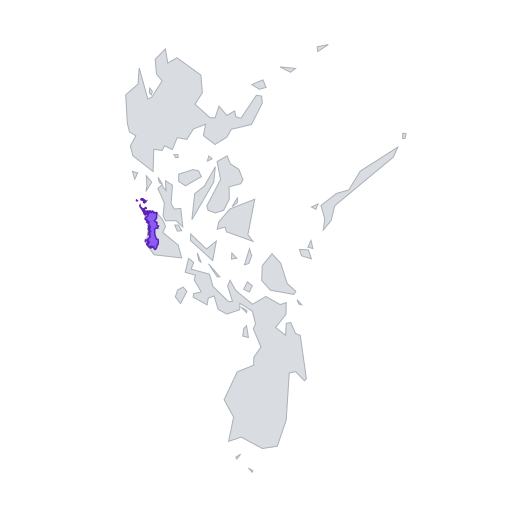 Eastern Samar, Eastern Samar, Philippines (highlighted), rotated 184°
{"feature_id": "2640588B94499067384006", "entity_name": "Eastern Samar", "entity_type": "district", "adm_level": 2, "iso_a3": "PHL", "parent_name": "Philippines", "parent_adm1": "Eastern Samar", "projection": "mercator", "projection_center": [125.55, 11.519], "detail": "fine", "context": "in_parent", "style": "filled", "palette": "violet", "viewbox_px": 512, "rotation_deg": 184, "n_neighbors": 0, "source": "geoboundaries", "source_scale": "gbopen_adm2", "svg_char_len": 9263}
<svg xmlns="http://www.w3.org/2000/svg" viewBox="0 0 512 512"><g transform="rotate(184 256 256)"><path d="M236.2,64.4L258.1,74.3L270.4,69.2L267.1,93.8L277.8,110.4L266.6,139.2L250.7,146.9L251.1,154.9L244.7,165.5L253.6,183.3L251.7,188.1L255.7,200.6L268.8,207.8L268.5,201.2L281.0,196.1L290.0,200.0L295.0,213.2L300.7,210.6L301.4,203.8L315.9,210.6L315.6,214.1L308.1,216.4L316.0,227.8L315.0,232.6L325.5,234.8L323.1,248.9L317.7,245.2L319.8,238.4L301.1,234.6L296.8,222.6L280.1,208.5L276.3,209.1L282.2,224.0L280.2,230.0L273.7,220.2L256.1,207.6L243.3,216.3L228.5,209.2L222.6,211.6L222.0,200.0L231.5,186.1L221.0,179.0L221.1,191.0L216.7,192.0L211.2,181.6L206.3,179.9L197.2,137.1L198.9,134.9L208.5,143.4L214.7,141.5L214.4,94.6L221.5,67.7L236.2,64.4ZM364.6,333.1L385.8,347.4L389.0,357.0L384.2,367.6L390.8,370.9L393.6,379.3L397.2,407.6L385.7,419.3L385.6,435.4L374.9,405.1L371.0,407.2L361.9,424.1L368.0,430.7L370.3,445.1L360.9,456.3L357.5,442.4L348.6,448.2L323.6,432.6L320.9,415.1L327.4,403.2L311.5,390.7L306.4,391.0L303.4,402.9L294.8,394.2L287.4,399.3L285.9,393.5L280.7,392.3L266.8,416.4L261.5,415.9L260.4,409.0L269.7,386.9L289.4,380.7L293.5,372.4L304.7,364.4L316.9,372.5L315.4,383.9L327.1,378.5L333.2,367.5L342.8,368.6L346.9,356.4L354.9,359.5L356.9,354.8L365.4,355.2L364.6,333.1ZM301.4,347.5L291.8,353.9L288.0,346.1L279.1,341.2L274.3,331.1L276.4,327.0L287.7,323.2L286.6,310.8L291.5,299.3L299.5,296.1L307.0,298.3L308.6,302.5L296.7,329.9L301.4,347.5ZM357.7,250.1L366.4,260.2L365.2,278.2L372.3,294.5L357.6,291.6L351.7,285.7L348.3,279.2L350.6,273.0L334.4,261.4L330.0,248.9L357.7,250.1ZM260.1,270.4L287.2,278.1L288.9,282.7L296.6,279.9L295.5,287.4L285.2,301.2L261.2,312.6L265.6,276.7L260.1,270.4ZM157.9,348.0L122.2,374.4L126.0,364.1L181.0,311.6L183.5,296.7L190.7,286.6L189.9,297.4L194.7,310.9L180.1,324.0L168.1,328.3L157.9,348.0ZM215.6,220.3L239.2,222.9L248.6,231.9L249.1,246.8L240.2,259.4L230.9,250.6L223.0,230.8L213.8,223.5L215.6,220.3ZM338.2,285.7L348.7,284.8L351.5,289.6L351.1,302.4L358.6,316.6L354.9,320.2L350.3,314.9L351.5,324.8L344.3,320.8L344.4,302.5L340.8,297.1L334.4,298.2L331.1,279.9L338.2,285.7ZM302.8,342.2L303.3,326.8L322.5,287.8L321.5,313.9L312.5,322.0L302.8,342.2ZM338.8,332.2L324.9,337.8L319.4,337.0L316.0,331.3L331.2,321.1L338.3,325.0L338.8,332.2ZM298.9,248.4L322.5,267.0L322.7,273.4L305.9,259.5L296.6,268.2L298.9,248.4ZM331.7,216.8L326.5,219.9L322.5,215.9L327.9,203.3L333.6,209.6L331.7,216.8ZM272.1,426.7L261.4,432.2L257.7,424.9L264.3,422.6L272.1,426.7ZM200.5,257.0L210.6,259.4L213.1,265.6L204.2,265.7L200.5,257.0ZM260.1,219.6L266.0,221.9L262.7,229.7L257.6,226.0L260.1,219.6ZM234.3,441.7L245.3,446.3L229.6,445.9L234.3,441.7ZM371.0,328.4L365.2,322.3L370.3,312.7L369.7,318.5L371.0,328.4ZM266.9,246.4L263.0,262.8L260.3,256.0L262.6,248.0L266.9,246.4ZM208.7,464.2L209.5,469.0L198.6,472.0L208.7,464.2ZM263.6,175.2L263.2,182.7L260.6,185.8L257.9,174.2L263.6,175.2ZM283.2,303.7L278.4,313.1L278.4,307.7L283.2,303.7ZM204.9,268.5L202.2,275.3L199.8,267.4L204.9,268.5ZM339.2,281.2L335.5,281.4L331.9,276.0L336.3,275.4L339.2,281.2ZM280.3,251.2L280.3,257.4L275.0,252.3L280.3,251.2ZM385.2,331.8L379.8,330.6L382.3,324.1L385.2,331.8ZM293.2,232.5L302.8,244.9L290.7,232.7L293.2,232.5ZM204.1,308.8L197.8,312.2L199.5,306.7L204.1,308.8ZM311.2,347.3L310.0,352.5L306.5,349.9L311.2,347.3ZM312.8,247.6L314.8,255.0L310.2,245.7L312.8,247.6ZM118.1,388.8L114.8,388.4L115.5,383.8L118.0,383.3L118.1,388.8ZM345.0,351.4L340.9,351.7L340.5,348.9L343.0,348.4L345.0,351.4ZM373.8,416.0L370.8,412.8L371.7,409.4L373.7,411.1L373.8,416.0ZM210.1,211.1L211.9,215.3L206.9,210.5L210.1,211.1ZM357.5,322.4L359.2,327.8L354.6,321.2L357.5,322.4ZM262.2,53.8L257.5,57.3L260.9,52.1L262.2,53.8ZM267.7,204.2L261.3,201.0L261.4,198.8L267.7,204.2ZM244.7,40.0L248.8,44.0L244.2,41.4L244.7,40.0Z" fill="#d9dde1" stroke="#a8b0b8" stroke-width="1"/><path d="M360.2,257.5L360.1,257.4L359.4,257.7L359.4,257.9L358.7,257.9L358.8,257.3L358.1,256.2L357.3,255.5L356.9,255.5L355.9,257.0L355.7,257.5L355.3,259.8L354.5,260.6L354.4,263.7L354.9,265.7L356.4,265.9L357.6,268.4L358.6,271.2L358.7,273.3L359.0,275.7L357.1,277.2L356.0,276.8L355.9,277.9L355.4,279.1L356.9,279.5L357.2,280.5L357.2,281.4L357.0,281.8L357.2,282.6L357.8,283.0L359.1,283.3L359.8,284.1L357.9,286.6L358.0,291.2L357.8,291.4L357.9,292.2L358.3,292.4L358.5,291.9L358.8,292.0L359.5,291.7L359.4,291.8L359.8,292.2L360.1,292.1L360.0,292.4L360.1,292.5L360.5,292.5L360.5,292.3L360.7,292.2L361.2,292.3L361.7,293.0L362.0,292.7L362.7,293.0L362.7,293.5L363.4,293.2L363.5,292.6L363.8,293.0L364.1,293.0L363.9,292.4L364.0,292.3L364.2,292.2L364.3,292.2L364.4,292.5L364.8,292.5L364.7,292.7L364.8,292.8L365.1,292.6L364.8,292.9L364.9,293.2L365.1,292.9L365.4,293.2L365.5,293.4L365.7,293.5L365.9,293.3L365.8,292.9L366.0,292.6L365.9,292.5L365.9,291.9L366.0,292.0L366.0,291.8L366.1,291.7L366.1,292.1L366.2,291.9L366.4,292.0L366.2,291.5L366.4,291.4L366.7,291.4L367.0,291.7L367.2,291.4L367.5,291.5L367.3,291.8L367.4,292.0L367.1,292.2L367.4,292.1L367.4,292.3L367.5,292.3L367.7,292.8L369.4,291.9L370.1,291.7L370.3,291.9L370.0,292.3L371.3,292.7L370.5,293.5L370.9,293.6L371.0,293.9L371.3,293.9L371.7,294.5L371.6,294.8L371.9,295.0L372.4,295.5L372.8,295.4L372.8,295.6L372.6,295.6L372.9,295.6L373.1,295.3L373.0,294.6L372.2,293.3L371.1,292.0L370.9,291.0L370.3,290.0L368.2,289.0L369.1,290.0L368.7,290.1L368.8,290.1L368.8,290.3L368.5,290.3L368.6,290.2L368.3,290.3L368.0,290.4L368.3,290.6L367.9,290.6L367.2,290.3L367.1,290.5L366.8,290.2L366.6,290.3L366.6,290.1L366.4,290.1L366.5,289.6L366.4,289.6L366.4,289.4L366.5,289.0L366.7,288.9L366.8,288.2L367.4,287.8L367.6,287.4L368.7,286.9L368.7,286.5L369.1,286.2L369.3,285.9L369.3,285.3L369.0,284.9L368.5,285.0L368.3,284.8L368.4,284.6L367.9,284.3L367.9,284.0L367.3,284.2L367.4,283.8L367.0,283.8L366.8,283.5L366.9,283.4L366.5,283.1L366.7,282.8L366.3,282.8L366.1,282.4L365.2,282.5L365.7,281.9L366.2,281.7L365.8,281.6L365.8,281.2L365.3,280.8L365.3,280.5L364.5,279.6L364.4,278.8L364.7,278.3L364.3,278.2L363.9,278.3L363.7,278.1L363.9,277.8L363.6,277.8L363.6,277.4L363.9,277.1L364.1,277.1L364.1,276.8L364.3,276.7L363.9,276.5L364.1,276.3L363.8,276.4L363.9,276.1L364.1,276.2L364.0,275.9L364.3,275.9L364.9,276.0L364.9,275.9L365.2,275.8L364.9,275.5L364.6,275.6L364.5,275.4L364.9,275.1L364.5,274.9L364.6,274.6L364.8,274.5L364.5,274.1L364.3,274.0L364.5,273.9L364.3,273.2L364.1,273.2L363.6,273.8L363.5,273.6L363.3,273.5L363.2,273.6L363.4,273.3L363.0,273.4L362.9,273.3L362.9,273.0L363.3,273.0L363.1,272.9L363.3,272.7L363.5,273.0L363.6,272.6L363.8,272.6L363.9,272.9L364.3,272.8L364.6,272.2L364.4,271.8L364.4,271.5L364.2,271.4L364.0,271.6L363.5,271.2L363.6,270.7L363.5,270.3L363.7,269.9L363.4,269.8L363.1,269.2L363.1,268.8L363.3,268.8L363.2,268.7L363.2,268.4L363.3,268.4L363.1,268.1L363.4,267.9L363.2,267.3L363.9,266.9L364.1,266.2L363.8,266.2L364.2,266.0L364.7,265.4L365.0,265.2L364.8,265.1L364.8,264.9L365.2,265.0L365.2,264.6L365.9,264.2L365.6,264.0L365.4,264.2L365.2,264.0L365.3,263.9L365.0,263.6L364.8,263.6L364.8,263.3L364.5,263.4L364.3,263.2L364.5,263.2L365.1,263.1L365.0,262.9L364.7,262.7L364.3,263.0L363.8,262.9L363.5,262.2L363.7,261.8L364.1,261.7L364.4,261.8L364.3,261.6L364.6,261.6L364.5,261.3L364.1,261.4L364.1,261.0L364.7,261.0L364.9,260.7L365.3,260.9L365.4,260.7L365.2,260.5L365.3,260.4L365.7,260.8L365.9,260.5L365.8,260.2L365.6,259.8L365.3,259.8L365.2,259.5L365.3,259.9L365.1,259.9L365.0,259.6L364.9,259.7L365.0,259.3L364.8,259.1L364.4,258.9L364.1,259.2L364.3,258.7L364.0,258.2L363.7,258.0L363.6,257.8L363.4,257.9L362.8,257.4L362.8,257.8L362.6,257.9L362.4,257.5L362.1,257.6L362.0,258.0L361.7,258.0L361.7,257.7L361.5,257.9L361.5,257.6L361.2,257.6L361.5,257.2L361.8,257.2L361.9,257.3L361.9,256.9L361.2,256.8L361.2,257.3L360.7,257.9L360.3,257.7L360.1,257.8L360.2,257.5ZM371.2,304.1L372.0,304.4L372.6,305.1L373.1,305.3L373.5,305.1L374.3,305.2L374.5,305.0L374.8,304.4L374.6,304.0L374.2,303.9L372.3,303.7L371.8,303.6L371.9,303.3L371.6,303.1L371.7,302.6L372.1,302.0L371.7,301.6L371.1,301.2L370.1,302.2L370.1,303.1L370.4,303.6L371.3,303.8L371.2,304.1ZM373.3,295.0L373.1,295.1L373.1,295.5L373.9,296.1L374.6,297.0L374.9,297.8L375.1,297.7L375.3,297.8L375.3,297.7L375.0,296.9L374.5,296.5L374.1,295.8L373.3,295.0ZM369.9,295.8L368.8,295.9L368.9,296.3L369.4,296.7L369.9,296.5L370.0,296.2L369.9,295.8ZM370.7,294.2L370.6,294.4L371.0,295.0L371.6,294.6L370.7,294.2ZM379.2,303.3L378.8,302.7L378.3,302.9L379.1,303.5L379.2,303.3ZM370.6,292.6L370.2,292.7L370.3,293.2L370.6,293.1L370.6,292.9L370.8,293.0L370.6,292.6ZM364.5,270.1L364.2,270.3L364.0,270.2L363.9,270.3L364.1,270.5L364.4,270.3L364.7,270.5L364.8,270.3L364.5,270.1ZM367.2,263.9L367.3,264.6L367.1,264.9L367.4,264.5L367.2,263.9ZM367.6,292.7L367.4,292.9L367.7,293.2L367.9,293.0L367.6,292.7ZM367.4,262.7L366.7,262.4L367.2,263.0L367.4,263.0L367.4,262.7ZM365.1,276.6L364.7,276.6L365.1,277.1L365.1,276.6ZM375.2,298.0L375.3,298.5L375.4,298.3L375.2,298.0ZM367.0,282.8L366.8,283.1L367.2,283.1L367.0,282.8ZM365.4,277.9L365.3,278.2L365.5,278.2L365.4,277.9ZM371.2,295.2L370.9,295.1L371.0,295.3L371.2,295.2ZM370.2,292.7L369.9,292.7L369.9,292.8L370.0,292.8L370.2,292.7ZM367.5,264.0L367.4,263.9L367.5,264.2L367.5,264.0ZM364.2,270.1L364.1,269.9L364.0,270.1L364.2,270.1ZM367.1,265.8L367.2,265.7L367.1,265.8ZM364.5,269.7L364.4,269.6L364.5,269.7ZM369.9,302.4L369.7,302.4L369.6,302.6L369.9,302.4Z" fill="#8b5cf6" stroke="#5b21b6" stroke-width="1.5"/></g></svg>